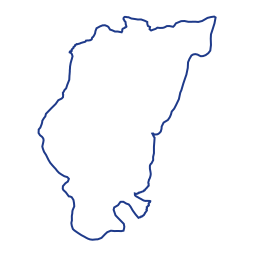 Quthing, Quthing, Lesotho, rotated 269°
{"feature_id": "5366337B136764020744", "entity_name": "Quthing", "entity_type": "district", "adm_level": 2, "iso_a3": "LSO", "parent_name": "Lesotho", "parent_adm1": "Quthing", "projection": "orthographic", "projection_center": [27.658, -30.405], "detail": "fine", "context": "isolated", "style": "outline", "palette": "blue", "viewbox_px": 256, "rotation_deg": 269, "n_neighbors": 0, "source": "geoboundaries", "source_scale": "gbopen_adm2", "svg_char_len": 5522}
<svg xmlns="http://www.w3.org/2000/svg" viewBox="0 0 256 256"><g transform="rotate(269 128 128)"><path d="M237.9,216.1L237.5,212.9L236.7,209.4L235.3,206.9L233.7,204.0L232.8,200.1L233.1,197.1L233.1,193.7L233.1,190.3L234.0,186.3L233.9,183.0L231.8,177.7L229.5,176.1L228.4,174.9L229.2,171.3L229.2,168.6L228.0,166.3L227.5,164.5L227.5,161.5L227.8,159.1L226.6,157.3L225.9,155.0L225.1,152.8L226.4,151.3L228.6,151.8L229.7,149.7L231.8,149.1L233.7,149.1L235.0,146.5L236.3,143.0L236.3,139.8L236.9,136.5L237.4,133.3L238.7,130.5L238.8,130.0L238.8,129.1L239.1,127.8L239.1,127.0L239.1,126.6L238.6,125.9L238.0,125.5L237.3,125.4L236.8,125.5L236.7,125.5L236.1,126.0L235.1,126.4L234.5,127.0L234.0,127.4L233.5,127.4L232.8,127.5L231.9,127.5L231.0,127.8L230.2,128.0L229.4,128.2L229.2,128.1L228.8,127.5L228.6,126.7L228.2,126.5L227.7,125.3L227.4,124.6L227.0,124.2L226.4,124.0L225.9,123.9L225.1,124.0L224.2,123.5L223.8,123.3L224.6,119.6L224.7,116.6L225.9,114.1L226.7,111.8L229.5,110.1L230.3,108.8L231.1,106.8L231.1,104.5L230.1,101.8L228.9,99.5L228.3,98.3L225.6,97.2L223.1,96.7L221.0,95.6L219.6,94.6L219.3,94.0L218.7,93.6L218.3,93.5L217.9,93.4L217.3,93.3L216.9,92.7L216.5,92.1L216.4,91.5L216.4,91.0L216.2,90.5L216.2,89.6L216.2,88.6L216.1,87.5L215.2,87.0L214.8,86.2L214.5,84.8L214.1,83.4L213.8,82.3L213.3,81.3L213.1,80.4L212.9,79.6L212.8,79.2L212.7,78.8L212.8,78.3L212.4,78.1L212.2,77.4L212.2,77.0L211.9,76.6L211.6,76.5L211.3,76.5L211.0,76.4L210.7,76.2L210.5,75.9L210.4,75.6L210.1,75.3L210.0,75.1L209.8,74.9L209.4,74.9L209.1,74.9L208.8,74.6L208.6,74.3L208.3,74.1L208.0,73.6L207.6,73.3L207.3,73.1L207.0,72.9L206.6,72.9L206.5,73.1L205.9,73.0L205.8,72.7L205.8,72.4L205.8,72.0L205.6,71.4L205.2,71.1L204.6,71.0L204.3,71.7L204.1,72.3L202.8,73.2L200.7,73.8L197.8,73.0L197.3,72.8L194.6,72.0L193.9,71.8L190.2,71.1L189.5,71.1L188.3,71.0L186.4,70.8L185.4,70.8L182.3,70.5L181.6,70.4L177.2,70.1L173.6,68.6L172.4,68.1L172.2,68.0L171.5,67.8L169.2,67.0L168.9,66.9L168.7,66.8L168.5,66.6L167.1,65.2L165.2,64.2L164.3,63.5L163.6,63.6L162.9,63.5L162.4,63.8L161.9,63.7L159.9,63.5L158.6,62.2L158.3,61.6L157.0,58.8L153.3,56.1L149.3,51.9L143.6,46.2L141.0,45.5L139.3,44.1L136.8,42.5L134.9,42.2L133.2,41.7L130.6,40.6L130.0,40.4L128.1,38.7L127.8,38.7L124.6,38.5L122.3,39.9L121.1,41.4L120.6,42.0L120.0,42.4L119.0,43.1L117.3,43.4L115.5,43.1L111.0,42.0L108.9,42.5L108.6,42.6L105.7,43.6L102.5,45.6L97.4,48.0L94.3,49.8L94.1,50.0L92.9,51.0L92.5,51.3L90.3,53.2L88.3,55.0L86.5,56.3L84.4,58.2L82.7,60.6L80.9,63.5L80.0,66.4L78.6,67.7L78.2,68.0L75.5,66.9L73.9,64.5L71.0,61.9L68.4,61.7L68.2,61.8L67.1,62.3L64.8,64.7L60.7,67.6L60.5,69.0L59.8,70.5L57.0,72.2L53.9,72.7L50.6,72.9L46.8,71.2L45.3,70.9L43.6,70.8L41.0,70.3L39.0,70.3L36.9,70.3L36.5,70.3L35.0,69.9L33.9,69.7L31.2,70.1L30.9,70.2L28.0,71.1L26.6,72.5L24.0,76.1L21.7,79.5L20.0,82.6L19.2,83.9L18.1,85.9L17.3,88.0L16.9,90.5L17.2,94.2L17.2,95.7L17.6,96.9L18.6,99.6L21.5,102.5L22.4,103.4L23.8,105.0L24.2,105.4L25.2,108.0L25.6,109.1L25.2,112.6L25.2,116.7L25.0,119.4L25.2,120.5L25.4,121.7L27.6,122.3L29.4,122.6L32.3,122.1L34.8,119.7L38.2,116.5L40.9,114.0L46.5,112.2L48.8,112.8L51.0,116.7L53.9,118.9L54.3,119.2L54.3,122.1L52.5,124.9L51.6,127.4L49.4,129.1L45.4,131.3L41.4,134.1L38.0,136.9L38.6,138.2L38.5,138.6L38.7,138.8L38.8,139.2L39.0,139.7L39.2,139.9L39.4,139.9L39.4,140.4L39.4,140.8L39.6,141.0L39.9,141.1L40.2,141.5L40.4,142.0L40.7,142.4L41.1,142.5L41.4,142.8L41.8,143.1L42.1,143.3L42.4,143.3L42.7,143.6L42.9,143.6L43.1,143.8L43.5,144.1L43.9,144.5L44.3,144.8L44.7,145.1L44.9,145.1L45.1,145.1L45.2,145.3L45.4,145.5L45.6,145.5L45.8,145.4L46.1,145.3L46.2,145.1L46.4,145.0L46.5,145.1L46.7,145.3L47.0,145.5L47.4,145.6L47.7,145.6L48.0,145.4L48.3,145.4L48.5,145.4L48.6,145.7L48.8,145.9L49.1,146.0L49.4,146.2L49.6,146.4L49.7,146.6L49.7,147.0L49.8,147.1L50.0,147.2L50.2,147.4L50.5,147.6L50.8,147.6L51.0,147.5L51.3,147.3L51.5,147.2L51.8,147.2L52.2,147.3L52.4,147.5L52.9,147.8L53.0,148.1L53.3,148.4L53.5,148.7L53.9,148.9L54.2,149.0L54.5,149.0L54.7,148.4L54.7,147.6L54.8,146.7L54.8,145.9L54.8,145.1L54.8,144.2L54.9,143.8L55.0,143.3L55.1,142.8L55.4,142.1L55.8,141.4L56.4,140.4L56.9,139.6L57.3,138.8L57.8,137.9L58.4,137.0L59.0,135.9L59.5,135.0L60.0,134.4L60.5,133.9L61.3,133.7L61.9,133.7L62.4,133.7L62.3,134.0L62.2,134.3L61.8,134.5L61.9,134.8L62.0,134.9L62.0,135.2L62.1,135.4L62.0,135.8L62.2,136.3L62.4,136.8L62.8,137.0L63.0,137.3L62.9,137.6L63.2,137.9L63.1,138.3L63.3,138.6L63.5,138.9L63.5,139.6L63.8,140.1L64.0,140.7L64.3,141.5L64.4,142.1L64.7,142.6L64.9,142.8L65.3,142.9L65.4,143.2L65.3,143.4L65.4,143.6L65.8,143.9L66.3,144.2L66.8,144.6L67.1,145.0L67.3,145.3L67.8,145.6L68.1,146.0L68.6,146.4L68.8,146.6L69.2,146.7L69.4,147.0L69.7,147.5L70.0,147.7L71.0,147.6L71.9,147.7L72.7,147.3L73.8,147.5L75.1,147.9L76.1,148.1L76.9,148.7L78.0,149.1L78.9,149.4L80.0,149.7L81.2,149.9L82.2,149.9L83.8,149.7L86.8,149.2L89.2,149.2L90.2,149.3L91.8,150.2L92.1,150.8L95.4,152.6L98.6,152.6L102.3,153.5L108.6,153.6L114.0,154.1L116.4,154.3L117.9,154.4L118.8,153.7L121.0,152.7L122.0,152.2L122.1,153.0L121.7,153.5L120.8,154.2L121.0,154.7L121.1,156.1L121.1,156.9L121.5,158.0L122.3,159.2L123.9,160.7L126.6,161.5L128.9,161.7L132.8,163.7L135.3,168.0L138.1,170.0L140.8,171.2L143.7,172.0L146.5,174.5L150.0,176.4L156.0,179.4L162.5,180.9L164.8,182.0L171.5,184.1L177.1,186.1L180.3,187.3L187.0,188.8L192.7,189.2L196.1,190.7L199.4,192.7L200.4,194.5L200.7,196.6L200.2,198.8L199.2,200.6L198.5,202.0L198.6,204.3L199.5,206.9L201.4,209.6L203.9,211.6L209.5,212.4L215.9,212.3L220.2,212.6L225.4,214.4L231.1,216.3L237.0,217.5L237.9,216.1Z" fill="none" stroke="#1e3a8a" stroke-width="2"/></g></svg>